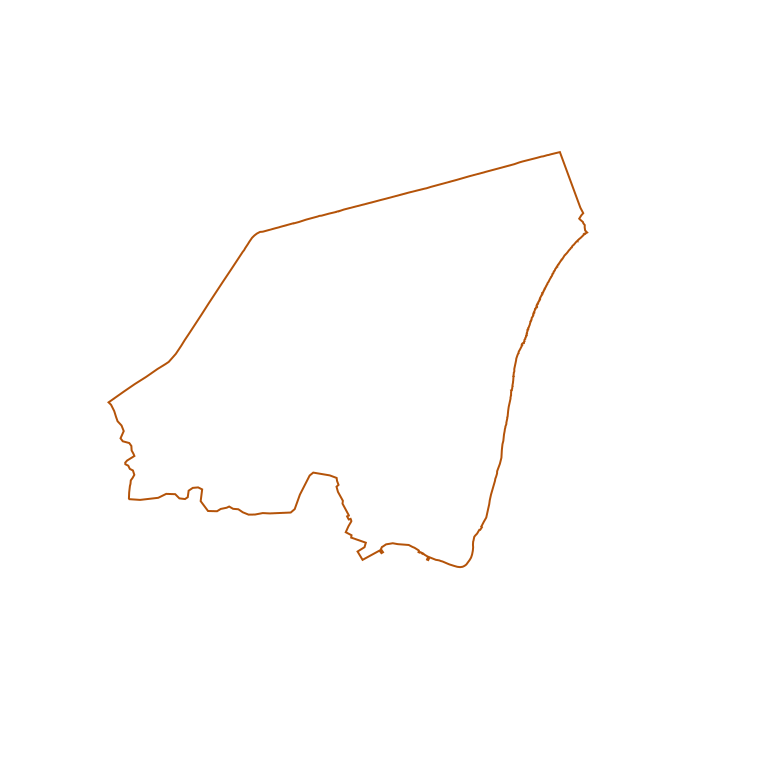 the district of Mjini, Zanzibar West, United Republic of Tanzania, rotated 236°
{"feature_id": "72390352B88201413510937", "entity_name": "Mjini", "entity_type": "district", "adm_level": 2, "iso_a3": "TZA", "parent_name": "United Republic of Tanzania", "parent_adm1": "Zanzibar West", "projection": "albers", "projection_center": [39.207, -6.167], "detail": "fine", "context": "isolated", "style": "outline", "palette": "amber", "viewbox_px": 768, "rotation_deg": 236, "n_neighbors": 0, "source": "geoboundaries", "source_scale": "gbopen_adm2", "svg_char_len": 6094}
<svg xmlns="http://www.w3.org/2000/svg" viewBox="0 0 768 768"><g transform="rotate(236 384 384)"><path d="M431.7,108.5L430.9,108.5L424.3,117.0L415.9,133.2L414.7,142.0L409.4,149.3L403.6,150.4L399.9,154.7L399.9,158.0L404.8,162.4L404.8,167.4L402.2,172.1L398.3,174.3L389.4,166.5L377.1,167.1L371.9,174.4L371.7,178.8L369.4,184.4L369.0,187.1L364.9,189.1L361.6,193.2L356.6,195.2L351.4,198.7L347.9,204.1L344.8,211.3L340.6,216.9L329.6,234.8L330.2,240.0L339.3,252.4L349.7,271.2L350.1,275.8L338.6,287.9L332.6,292.2L330.0,290.9L325.8,289.9L325.4,287.2L320.3,285.5L310.2,284.6L308.0,282.7L294.9,281.4L294.6,281.3L294.9,279.4L292.4,279.1L291.3,279.1L290.9,280.9L289.4,280.6L288.4,280.1L285.9,274.9L282.5,269.4L276.8,272.5L275.0,270.9L262.6,280.2L259.6,276.6L259.9,268.4L250.2,267.9L248.4,287.1L245.2,287.3L245.1,289.1L248.8,289.1L250.0,291.1L249.9,292.5L249.9,296.1L248.4,299.3L247.1,302.2L243.5,305.9L236.7,314.5L233.0,316.5L231.2,317.7L226.7,319.7L226.2,319.7L225.3,318.6L224.4,319.2L224.6,319.7L224.3,320.1L222.8,321.0L222.5,320.6L221.3,321.2L221.4,321.7L219.4,322.3L218.7,322.7L217.9,323.0L216.1,324.0L214.4,321.5L213.3,322.2L214.8,324.9L209.2,328.7L208.1,329.9L206.8,331.2L205.5,332.1L204.1,333.3L200.2,335.8L197.9,337.3L194.0,340.4L191.5,342.5L189.6,344.7L188.5,347.0L188.2,349.1L188.3,351.3L190.2,356.6L191.4,359.1L193.4,361.7L196.1,364.4L198.8,366.6L200.9,367.8L203.5,369.8L204.1,370.6L205.9,372.4L206.9,373.5L207.4,375.1L207.9,377.5L209.8,381.5L209.3,382.2L210.5,385.1L211.4,384.9L211.7,385.6L213.9,389.6L216.1,394.1L222.4,400.7L225.4,403.9L228.5,406.7L232.5,410.9L241.6,421.8L243.3,423.4L244.3,424.9L246.6,427.7L248.4,429.0L253.0,435.4L257.2,440.1L263.4,444.8L267.9,448.6L270.1,451.1L275.1,455.3L277.4,457.6L279.0,459.0L280.2,460.4L280.8,460.8L282.2,462.8L282.7,463.3L283.3,463.6L287.0,467.4L287.5,467.5L287.9,468.3L292.3,471.9L295.2,474.5L301.2,480.8L301.7,481.0L303.1,482.4L303.4,482.9L303.8,483.0L304.4,483.6L306.3,484.9L307.0,485.7L307.6,485.8L307.4,486.5L307.8,486.7L308.4,487.6L309.9,488.8L310.2,489.5L310.9,489.6L313.1,491.8L313.9,492.4L314.4,492.9L317.1,495.0L317.5,495.4L317.9,495.4L317.9,496.0L318.7,496.1L319.9,497.3L320.7,497.8L321.4,498.9L322.3,499.6L323.5,500.3L329.8,506.8L331.1,507.9L333.5,511.1L334.1,512.1L334.2,512.8L335.0,513.2L335.7,514.2L336.4,515.7L337.7,518.1L338.3,519.2L338.6,519.3L338.8,520.2L339.6,520.2L340.1,521.0L340.2,521.8L340.2,522.0L339.8,522.2L339.6,522.8L339.9,523.1L340.3,523.2L340.6,523.5L340.8,524.3L341.1,524.3L342.1,525.2L342.4,526.4L342.9,526.6L343.1,526.8L343.5,527.8L344.5,528.7L344.3,529.2L344.5,529.6L344.9,529.6L345.3,529.8L345.6,530.4L345.8,530.4L345.9,530.8L346.4,530.9L346.7,531.2L347.0,531.7L347.3,532.1L347.7,532.6L348.0,533.0L348.4,533.0L348.5,533.7L348.7,534.1L349.0,534.0L349.1,534.5L349.3,534.7L349.7,534.8L349.9,535.0L349.9,535.3L350.1,535.6L350.2,536.0L350.7,536.5L351.5,537.8L353.2,539.7L353.6,540.4L353.9,540.4L353.9,540.9L354.2,541.1L354.3,541.5L354.6,541.5L355.2,542.7L355.4,542.9L355.9,543.1L356.1,543.3L356.5,544.0L356.6,544.5L356.6,544.8L356.8,545.2L357.2,545.6L357.3,546.0L357.8,546.1L358.0,546.3L358.0,546.7L358.6,547.2L358.9,547.2L359.2,547.7L358.9,548.1L359.0,548.5L359.8,548.6L360.0,548.9L360.5,550.0L361.7,551.1L361.5,551.5L361.8,551.8L362.2,552.4L362.0,553.6L362.2,554.0L362.6,554.2L363.3,553.9L363.5,554.1L363.9,554.6L364.0,555.2L364.3,555.3L364.4,555.6L364.3,556.0L364.6,556.1L364.7,556.6L365.0,556.6L365.1,556.9L365.1,557.4L365.8,558.0L365.9,558.7L366.2,559.0L366.2,559.3L366.7,559.7L366.6,560.2L366.7,560.6L367.1,560.9L367.6,560.9L367.9,561.3L368.0,561.7L368.3,561.9L368.6,562.7L369.0,563.3L369.1,563.7L369.3,563.9L369.5,564.7L369.9,564.8L370.2,565.3L370.3,565.7L370.5,565.7L370.7,565.8L370.4,566.1L370.7,566.3L370.7,566.5L370.8,566.6L370.9,566.9L371.2,567.1L371.4,568.0L372.0,568.5L372.3,569.4L372.6,569.6L372.6,569.9L372.8,570.1L372.9,570.6L373.3,570.7L373.3,571.1L373.5,571.5L373.8,571.7L374.2,573.0L374.8,573.5L375.2,574.7L375.3,575.1L375.7,575.3L376.4,576.5L376.5,577.2L377.8,579.5L378.5,580.8L379.0,582.1L379.3,582.2L379.6,583.3L379.9,584.0L380.4,584.4L380.5,584.7L381.0,585.1L381.0,586.0L381.2,586.4L381.9,586.9L382.1,587.9L382.5,588.2L382.5,588.6L382.6,589.0L382.9,589.5L383.4,590.0L383.8,591.1L383.9,591.5L384.0,591.6L384.0,591.9L384.1,592.0L384.2,592.6L384.7,592.9L384.7,593.2L384.5,593.4L384.9,593.7L385.5,594.8L385.4,595.5L385.5,595.7L386.0,596.1L386.2,597.0L386.6,598.0L387.0,598.7L387.4,600.4L387.9,600.7L387.9,601.8L388.1,602.0L388.4,602.9L389.3,604.9L389.7,605.7L389.7,606.5L389.9,607.1L390.0,607.2L390.1,608.2L390.9,610.8L391.2,611.4L391.6,612.9L391.7,613.8L392.0,614.3L392.3,615.2L392.2,616.1L392.4,616.4L392.6,616.4L393.0,617.2L393.2,617.9L393.3,619.3L393.6,620.1L393.7,620.7L394.1,621.9L394.5,623.5L394.2,624.0L394.4,624.0L394.5,624.3L394.6,624.8L394.8,625.1L394.8,626.0L395.0,626.5L395.2,628.8L395.9,632.7L396.6,633.4L396.6,634.1L396.0,634.2L395.9,634.7L396.2,635.9L396.1,636.3L396.0,637.1L398.8,636.6L401.7,638.0L403.5,639.3L405.7,639.1L407.0,639.5L410.7,638.5L411.9,638.3L413.5,641.9L414.2,644.7L420.4,645.4L477.9,659.5L481.3,650.3L481.8,648.6L482.4,647.4L483.7,643.3L484.5,641.7L486.0,637.2L490.1,625.8L491.0,623.3L492.0,620.2L493.4,614.9L508.4,571.3L512.5,558.6L518.5,541.0L521.2,533.1L522.5,528.7L523.4,526.5L528.8,511.7L536.6,489.1L538.4,484.1L540.6,477.7L551.1,448.2L552.3,443.7L552.4,443.8L553.5,440.6L553.4,440.5L556.0,433.7L558.5,426.3L559.5,424.5L559.9,422.8L563.8,411.4L565.9,404.0L567.7,398.8L567.9,398.8L577.9,369.1L578.3,368.2L579.4,366.3L579.8,362.7L579.6,359.6L579.0,356.4L577.2,351.8L576.1,349.4L574.2,344.8L573.2,342.9L572.6,340.9L564.6,321.7L559.0,308.0L548.9,283.8L543.7,271.8L534.8,250.6L531.9,243.5L529.1,237.3L525.4,228.3L522.7,217.9L522.7,214.5L523.1,204.6L522.9,191.0L523.3,177.3L523.2,164.3L522.8,145.4L519.4,146.1L512.4,145.2L506.4,143.4L502.1,142.3L496.4,143.2L490.5,141.9L486.3,135.2L482.6,135.4L477.5,139.8L473.9,139.9L470.0,137.6L466.4,137.3L463.9,136.8L464.2,128.2L463.5,125.5L462.1,124.7L459.3,126.3L455.8,125.8L452.7,127.5L448.3,126.2L446.7,123.0L445.7,120.2L443.0,118.0L441.5,116.3L436.6,112.1L431.7,108.5Z" fill="none" stroke="#b45309" stroke-width="2"/></g></svg>